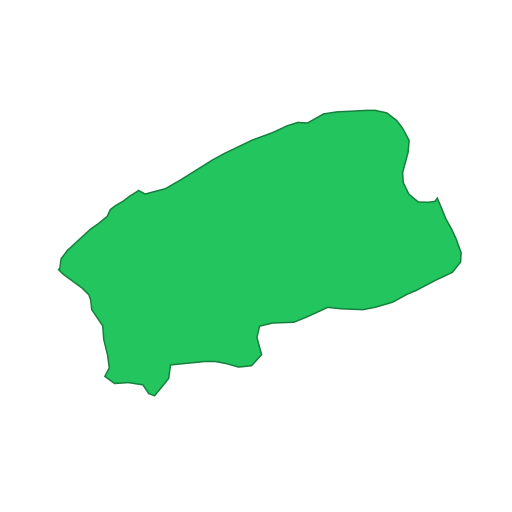 Goychay District, Göyçay, Azerbaijan, rotated 328°
{"feature_id": "54616110B88730523237575", "entity_name": "Goychay District", "entity_type": "district", "adm_level": 2, "iso_a3": "AZE", "parent_name": "Azerbaijan", "parent_adm1": "Göyçay", "projection": "mercator", "projection_center": [47.853, 40.574], "detail": "fine", "context": "isolated", "style": "filled", "palette": "green", "viewbox_px": 512, "rotation_deg": 328, "n_neighbors": 0, "source": "geoboundaries", "source_scale": "gbopen_adm2", "svg_char_len": 1231}
<svg xmlns="http://www.w3.org/2000/svg" viewBox="0 0 512 512"><g transform="rotate(328 256 256)"><path d="M81.3,162.9L83.0,169.8L91.5,191.0L93.7,200.5L92.4,205.8L88.3,214.4L89.0,234.0L82.7,246.0L77.6,261.4L72.3,273.1L64.0,278.0L68.5,289.2L80.5,295.6L91.8,305.3L92.1,315.8L95.9,320.8L117.0,313.6L125.8,303.1L156.6,318.3L165.7,324.0L174.2,331.9L182.4,341.0L194.1,346.7L208.5,342.6L213.6,325.6L221.8,317.4L234.3,321.5L252.9,332.2L267.4,334.7L289.7,337.6L300.1,345.8L318.1,358.1L330.3,362.8L347.6,367.6L364.0,368.5L373.4,370.1L395.5,371.7L397.9,372.0L414.0,373.9L426.3,369.5L431.7,361.9L434.8,347.4L436.1,337.3L436.7,324.9L438.9,312.6L440.4,303.0L436.8,304.5L430.9,301.9L422.3,296.3L418.4,284.6L419.8,271.7L424.5,263.0L431.5,256.5L439.9,248.7L447.1,239.2L448.0,225.2L447.1,215.6L442.7,203.9L434.3,195.7L426.8,191.0L415.0,184.5L401.1,176.7L388.5,171.3L370.1,170.5L362.3,164.9L351.4,162.1L335.2,160.1L314.3,155.7L283.6,152.3L270.4,151.5L251.5,151.5L232.2,151.5L214.9,150.9L194.8,144.7L191.1,138.1L190.3,138.3L180.7,138.3L172.7,139.1L163.4,138.8L157.1,139.4L151.0,143.5L138.9,145.1L130.7,145.4L120.9,147.2L110.8,149.1L103.1,150.6L99.7,151.1L89.3,155.0L83.2,162.4L81.3,162.9Z" fill="#22c55e" stroke="#15803d" stroke-width="1.5"/></g></svg>